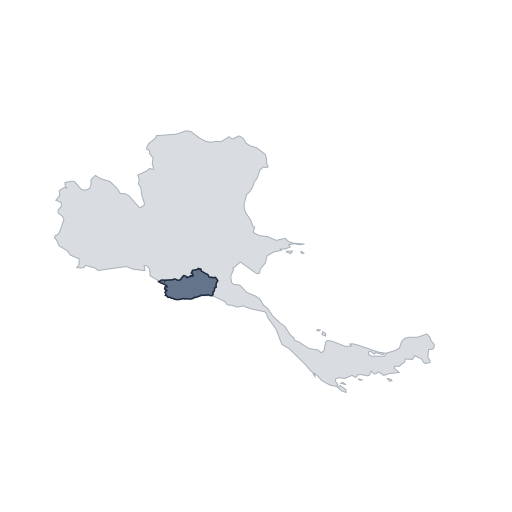 Kanchanaburi on a map of Thailand (Natural Earth projection), rotated 299°
{"feature_id": "THA-399", "entity_name": "Kanchanaburi", "entity_type": "Province", "adm_level": 1, "iso_a3": "THA", "parent_name": "Thailand", "parent_adm1": "", "projection": "natural_earth1", "projection_center": [99.171, 14.699], "detail": "fine", "context": "in_parent", "style": "filled", "palette": "slate", "viewbox_px": 512, "rotation_deg": 299, "n_neighbors": 0, "source": "natural_earth", "source_scale": "10m", "svg_char_len": 7888}
<svg xmlns="http://www.w3.org/2000/svg" viewBox="0 0 512 512"><g transform="rotate(299 256 256)"><path d="M223.2,55.2L223.6,57.2L225.4,54.6L227.7,53.3L232.4,59.0L233.0,61.5L229.6,70.7L230.2,73.8L232.3,76.3L235.0,77.8L237.7,77.3L242.9,74.7L248.6,76.4L248.3,82.5L250.4,92.2L247.6,102.1L244.9,107.0L247.0,111.3L247.2,115.2L241.7,130.7L242.8,131.8L246.3,133.5L247.8,133.0L253.5,126.9L259.9,122.2L262.0,118.3L266.0,116.9L269.6,113.4L278.0,119.6L280.2,120.1L281.2,121.2L281.7,123.8L282.7,124.2L286.1,120.7L291.8,118.4L294.1,113.1L296.7,111.5L296.5,108.9L297.3,107.9L302.0,107.6L309.1,110.4L311.6,111.0L312.8,110.4L324.1,127.5L331.5,134.0L333.3,138.5L331.7,150.0L331.9,156.5L333.6,161.5L336.6,165.0L339.0,170.0L347.4,174.7L346.7,176.0L347.3,179.1L352.6,182.7L353.0,183.8L352.5,188.5L350.1,192.0L349.6,194.9L349.6,198.4L351.0,203.8L349.4,214.9L346.3,218.0L342.2,220.3L340.0,223.3L338.3,222.5L337.5,219.4L333.0,217.7L324.4,219.3L320.0,218.6L314.3,219.7L308.6,219.2L305.3,217.9L295.8,220.4L291.9,222.6L289.0,225.8L284.8,233.9L280.5,238.9L280.6,240.9L275.2,242.2L275.5,249.1L278.6,256.7L279.5,266.2L285.6,272.9L284.4,277.6L285.2,282.2L289.9,292.7L286.5,287.7L285.8,284.3L281.8,279.0L280.5,281.6L275.9,277.7L273.9,273.8L273.2,275.5L268.6,270.0L263.9,267.0L261.2,265.6L254.6,267.6L246.3,266.1L243.1,267.5L241.7,266.6L240.9,265.0L243.2,245.2L236.0,242.7L234.7,241.4L233.2,242.9L226.1,243.7L221.0,247.4L220.3,250.4L222.7,255.8L219.7,265.6L220.7,274.9L220.3,279.9L216.7,286.4L215.8,291.6L211.8,299.4L209.1,309.4L208.5,315.2L203.7,324.1L202.6,329.0L200.9,330.9L201.6,334.9L200.8,347.0L203.8,355.8L203.0,360.0L206.3,361.4L214.1,358.6L216.7,359.3L218.4,364.1L220.4,378.6L223.7,383.0L224.5,380.8L226.1,383.1L227.3,387.4L231.4,410.1L233.6,416.0L231.1,414.6L229.7,407.4L227.4,407.1L228.2,402.6L226.7,401.0L224.4,402.3L224.5,405.8L230.7,417.1L234.6,417.4L239.5,422.4L244.8,426.1L251.5,424.8L256.2,426.0L259.0,429.1L263.3,436.7L270.5,443.1L269.4,447.1L266.6,450.4L265.1,454.6L263.2,455.9L260.5,455.9L257.6,452.3L250.5,455.6L248.9,458.9L247.1,459.8L244.0,456.1L244.2,454.0L246.2,451.0L245.7,443.1L241.4,443.0L238.6,437.1L237.6,436.6L235.6,437.5L228.9,434.7L226.9,431.0L224.9,431.3L223.5,437.6L217.5,429.2L213.5,425.7L214.0,419.4L211.2,418.0L210.1,416.3L211.1,412.5L207.3,413.1L205.4,412.0L203.2,405.3L201.3,402.5L198.8,402.5L198.0,401.2L198.2,397.9L191.9,393.1L189.9,387.7L187.0,385.3L185.1,386.0L183.2,389.9L181.8,389.6L180.5,388.5L178.9,383.1L179.0,373.6L181.0,368.1L182.1,359.3L185.0,351.8L191.0,330.1L191.2,321.5L201.5,309.3L208.3,295.3L210.5,293.3L211.5,290.7L207.9,279.4L206.3,271.6L206.5,269.5L202.2,264.3L201.1,258.2L199.9,256.2L199.5,254.2L201.1,250.7L200.2,237.3L195.4,228.2L186.9,219.6L179.2,207.1L178.2,202.6L178.0,196.3L184.1,192.1L186.6,191.8L187.4,173.0L192.7,169.4L193.8,167.8L194.4,164.7L193.1,162.9L189.7,165.9L189.0,165.3L184.7,154.2L183.8,147.5L166.7,124.8L167.5,121.0L165.0,111.2L162.5,111.0L160.8,109.2L159.0,104.9L162.3,105.4L167.7,102.9L166.8,93.4L169.1,88.0L169.4,78.9L173.5,73.5L174.0,70.9L176.3,70.5L179.3,72.5L182.3,72.5L195.1,70.2L196.7,67.8L197.5,62.8L198.7,61.2L201.6,60.8L204.9,61.8L208.3,59.8L207.7,53.9L213.8,54.9L217.8,52.2L223.2,55.2ZM183.6,392.4L182.7,399.5L180.3,400.9L179.5,396.8L180.9,390.2L181.6,391.7L183.6,392.4ZM222.3,351.1L221.9,354.5L219.7,355.6L219.2,351.8L222.3,351.1ZM275.3,280.7L277.9,285.6L274.9,285.2L274.3,280.5L275.3,280.7ZM212.7,435.4L211.3,433.4L212.5,430.2L213.6,434.1L212.7,435.4ZM187.6,393.2L187.0,397.1L185.8,391.8L187.6,393.2ZM222.4,348.1L221.2,347.7L220.2,345.4L221.6,345.5L222.4,348.1ZM198.0,404.8L199.4,409.3L197.8,407.2L198.0,404.8ZM282.1,293.6L281.8,296.4L280.4,295.2L281.3,293.1L282.1,293.6ZM180.7,365.0L179.2,366.1L180.4,363.4L180.7,365.0Z" fill="#d9dde1" stroke="#a8b0b8" stroke-width="1"/><path d="M186.0,193.0L186.6,192.2L186.9,190.9L186.8,189.5L186.3,185.4L186.3,183.8L186.3,183.3L187.0,183.7L187.2,183.8L187.8,184.3L188.1,184.4L188.3,184.5L188.6,184.7L188.8,184.7L189.1,184.9L190.6,187.7L190.7,187.9L190.7,188.0L190.4,188.2L190.5,188.2L190.5,188.4L191.4,189.0L191.5,189.2L191.6,189.4L191.7,189.9L191.7,190.0L191.8,190.1L192.1,190.4L192.3,190.5L193.1,192.0L194.0,193.3L194.2,193.8L194.4,194.3L194.5,194.4L194.6,194.5L195.1,194.7L195.5,195.0L196.5,195.9L196.6,196.6L196.7,197.1L196.7,197.4L196.7,197.5L196.8,197.9L196.8,198.1L196.8,198.6L196.8,199.1L196.8,199.3L196.9,199.7L197.0,199.8L198.3,201.0L198.5,201.3L198.6,201.5L198.9,201.6L199.3,201.6L200.0,201.4L200.3,201.4L200.7,201.6L200.8,201.7L201.1,201.6L201.4,201.6L201.5,201.7L201.9,201.8L202.3,202.0L202.6,202.1L202.8,202.2L203.6,202.0L203.8,202.2L203.8,202.3L204.0,202.6L204.2,203.3L204.2,203.5L204.3,204.4L204.3,204.6L204.2,204.8L204.1,205.0L203.9,205.2L203.9,205.3L203.7,205.6L203.6,205.8L203.6,206.0L203.7,206.3L203.8,206.4L203.9,206.5L204.0,206.6L204.3,206.5L204.5,206.5L205.5,208.0L205.8,208.3L206.0,208.4L206.5,208.2L206.8,208.2L207.0,208.2L207.1,208.3L207.3,208.4L207.4,208.5L207.5,209.0L207.4,209.2L207.4,209.3L207.2,209.5L207.3,209.8L207.8,210.5L208.3,210.3L208.7,210.3L208.8,210.3L208.9,210.2L209.0,210.1L209.0,209.9L209.1,209.7L209.3,209.6L209.5,209.3L209.5,209.2L209.6,208.8L209.6,208.6L209.7,208.4L209.7,207.8L209.7,207.7L209.8,207.6L210.0,207.6L210.2,207.8L210.3,207.8L210.5,207.7L210.7,207.8L210.8,207.8L211.0,207.9L211.3,207.8L211.5,207.6L211.8,207.4L212.0,207.4L212.5,207.4L212.7,207.5L212.9,207.6L214.3,209.5L215.0,210.2L215.1,210.3L215.4,210.8L215.5,210.9L216.3,211.3L216.7,211.3L216.8,211.4L217.0,211.5L217.4,211.9L217.4,212.0L217.3,212.4L217.2,212.5L216.9,212.7L216.9,212.8L216.9,213.0L217.0,213.1L217.5,213.5L217.9,213.9L217.9,214.0L217.8,214.3L217.7,214.4L217.0,214.9L216.6,215.0L216.4,215.2L216.2,220.2L216.4,221.3L216.4,222.3L216.3,222.7L216.2,223.3L216.1,223.6L215.0,224.8L215.0,225.1L215.2,226.7L215.2,226.8L215.3,226.8L215.5,226.8L215.9,227.2L216.1,227.8L216.0,228.2L216.0,228.6L216.1,228.9L216.3,229.3L216.4,229.5L216.7,229.6L216.8,229.6L217.0,229.7L217.0,229.8L217.2,230.4L217.3,230.5L217.6,230.7L217.7,231.1L217.4,231.4L216.9,232.7L216.7,233.2L216.6,233.3L216.4,233.4L216.3,233.5L216.2,233.6L216.0,234.4L215.9,234.5L215.7,234.6L215.3,234.6L215.0,234.7L214.9,234.7L214.5,234.5L213.8,234.5L213.2,234.4L212.8,234.5L211.5,235.1L211.0,235.2L210.8,235.2L210.7,235.3L210.4,235.5L209.9,236.2L209.7,236.2L209.6,236.3L209.1,236.1L208.9,236.0L208.7,235.9L208.6,235.7L208.4,235.3L208.3,235.2L208.1,235.1L207.5,235.5L205.3,236.4L205.0,236.4L204.9,236.4L204.7,236.4L204.4,236.2L204.2,236.1L204.0,235.9L203.9,235.9L203.8,236.0L203.6,236.1L203.4,236.2L203.1,236.0L202.9,236.0L202.7,236.1L202.6,236.3L202.5,236.5L202.2,236.6L201.8,237.0L201.6,237.0L201.1,237.0L200.4,237.1L200.3,236.9L199.5,236.1L199.4,235.6L199.1,234.3L199.1,233.8L199.1,233.5L199.1,233.3L199.1,233.1L199.0,232.9L198.9,232.8L198.5,232.7L198.4,232.6L198.3,232.4L198.2,232.0L198.1,231.9L197.4,231.2L197.1,230.9L196.9,230.3L196.6,229.8L195.9,228.8L195.7,228.2L195.7,227.6L195.5,227.2L195.0,226.9L194.5,226.7L194.0,226.4L191.2,224.0L190.6,223.4L190.1,222.1L189.9,222.0L189.6,222.2L189.2,222.1L188.8,221.5L188.6,221.4L188.4,221.3L188.1,221.2L187.9,221.1L187.6,220.9L187.4,220.7L186.3,219.1L184.7,215.3L184.4,215.1L184.1,215.0L183.9,214.6L183.8,213.9L183.6,213.3L183.3,212.8L180.4,209.6L179.2,207.3L179.0,206.8L179.1,206.4L179.0,206.1L178.8,205.8L178.7,205.7L178.6,205.1L178.7,204.1L178.5,203.5L178.0,202.6L178.0,202.3L178.0,202.1L178.0,201.9L178.1,201.7L178.2,201.4L178.3,201.1L178.1,200.5L177.4,199.7L177.2,199.0L177.3,198.5L177.8,197.5L178.0,197.0L177.8,196.6L177.7,196.2L177.6,195.9L178.4,195.9L178.5,195.9L178.9,195.7L179.3,195.3L180.1,194.0L180.4,193.9L180.9,194.0L181.4,194.2L182.2,194.7L182.5,194.9L182.8,194.7L182.8,194.2L182.7,194.1L182.5,193.9L182.4,193.9L182.4,193.6L182.5,193.4L182.7,193.2L182.9,193.1L182.9,192.8L182.8,192.4L182.8,192.1L183.0,192.0L183.8,191.8L184.2,191.7L184.6,191.4L185.1,191.6L185.6,191.9L185.9,192.4L186.0,193.0Z" fill="#64748b" stroke="#1e293b" stroke-width="1.5"/></g></svg>